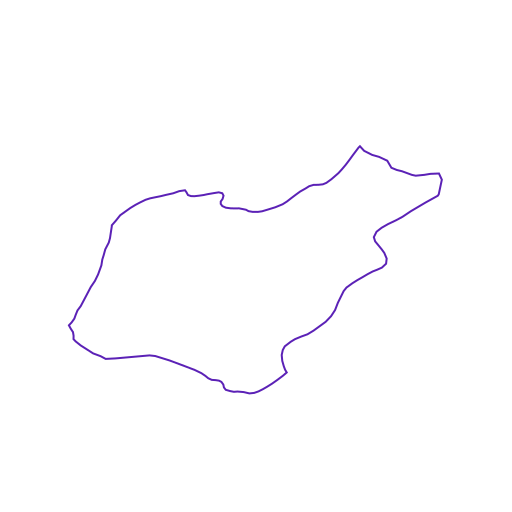 outline of Boumi-Louetsi, Ngounié, Gabon, rotated 234°
{"feature_id": "22940354B74910664495270", "entity_name": "Boumi-Louetsi", "entity_type": "district", "adm_level": 2, "iso_a3": "GAB", "parent_name": "Gabon", "parent_adm1": "Ngounié", "projection": "equal_earth", "projection_center": [11.888, -2.012], "detail": "fine", "context": "isolated", "style": "outline", "palette": "violet", "viewbox_px": 512, "rotation_deg": 234, "n_neighbors": 0, "source": "geoboundaries", "source_scale": "gbopen_adm2", "svg_char_len": 2222}
<svg xmlns="http://www.w3.org/2000/svg" viewBox="0 0 512 512"><g transform="rotate(234 256 256)"><path d="M309.9,63.9L306.1,63.4L302.0,63.2L298.8,61.6L298.5,61.4L296.0,59.5L292.9,59.9L286.7,61.6L281.1,63.8L272.9,67.0L266.3,71.4L261.1,73.9L255.7,82.2L238.2,111.4L234.3,115.7L222.4,124.6L208.8,133.6L199.9,139.4L193.4,142.9L188.7,144.6L185.2,145.5L181.8,147.4L179.2,150.5L176.9,152.8L174.5,154.0L171.2,154.0L168.5,152.8L165.5,152.9L161.9,155.7L159.1,158.3L157.2,161.4L153.1,166.1L148.7,169.9L146.3,174.1L145.0,178.4L144.2,183.3L143.7,188.1L143.3,193.8L143.2,200.3L143.3,207.2L143.7,212.4L146.9,212.7L150.5,213.7L155.7,215.6L160.8,218.6L164.2,222.4L166.0,226.2L166.2,233.8L165.8,238.7L164.2,245.4L162.4,251.6L161.8,258.7L161.8,266.0L161.8,273.6L163.2,281.4L165.8,288.2L170.0,294.7L176.1,306.3L177.3,310.7L177.3,318.0L176.9,323.9L176.3,329.3L175.7,335.6L174.9,341.3L173.7,345.9L172.6,351.0L173.3,356.7L177.1,360.2L183.1,361.6L187.7,361.6L193.0,361.3L197.8,361.0L202.0,362.4L204.8,367.8L205.0,374.3L204.2,381.6L202.6,390.2L201.6,397.6L201.2,407.8L199.6,424.6L197.9,438.5L198.5,440.1L208.5,451.2L215.2,452.5L220.0,445.3L222.7,439.9L227.1,432.4L230.0,429.8L238.8,423.9L242.8,420.5L247.8,417.4L255.9,418.2L263.9,413.8L269.5,409.4L277.5,405.3L283.7,404.6L283.4,402.6L282.2,398.7L280.7,393.8L278.5,387.0L277.0,382.0L275.6,376.3L274.6,371.4L273.8,362.1L273.8,355.9L274.7,352.2L277.0,348.2L279.7,344.4L281.2,340.1L281.5,335.8L282.2,329.7L282.2,324.7L282.1,318.8L281.9,313.1L282.2,308.0L284.1,300.2L286.7,292.6L288.6,287.2L290.6,283.4L293.8,279.1L296.7,276.3L299.3,275.1L301.6,273.0L304.5,270.3L307.2,266.5L309.5,263.5L312.8,260.0L316.2,258.1L318.9,258.1L320.8,259.5L321.8,262.5L323.9,265.2L326.6,265.6L329.4,263.3L331.5,259.2L334.6,252.9L336.1,249.5L338.2,245.5L340.6,241.3L342.7,238.6L345.3,236.8L348.5,237.2L350.9,237.2L353.6,232.0L355.4,225.9L358.4,219.0L360.4,214.1L363.1,208.2L364.9,204.2L366.4,199.7L367.5,193.5L368.2,188.6L368.7,182.6L368.8,170.1L366.9,163.2L365.6,157.4L364.9,156.9L356.2,148.3L353.4,144.8L350.0,138.0L346.0,133.0L343.5,129.6L339.3,125.4L333.9,117.4L330.5,111.0L328.0,104.1L323.6,95.2L318.5,84.8L316.9,79.6L314.4,75.6L312.1,72.2L310.6,67.7L309.9,63.9Z" fill="none" stroke="#5b21b6" stroke-width="2"/></g></svg>